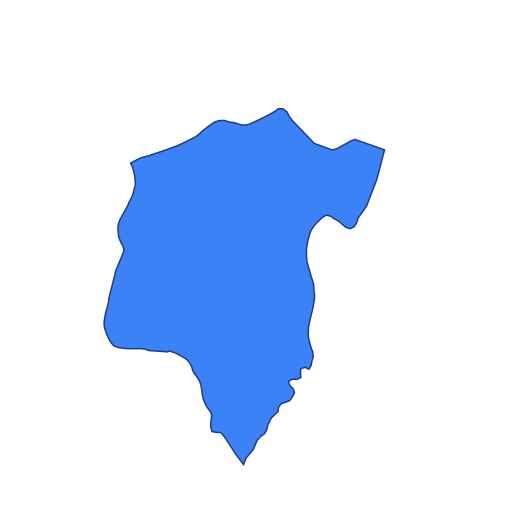 the district of At Talh, Shabwah, Yemen, rotated 140°
{"feature_id": "15242507B56657496284853", "entity_name": "At Talh", "entity_type": "district", "adm_level": 2, "iso_a3": "YEM", "parent_name": "Yemen", "parent_adm1": "Shabwah", "projection": "albers", "projection_center": [47.44, 15.093], "detail": "fine", "context": "isolated", "style": "filled", "palette": "blue", "viewbox_px": 512, "rotation_deg": 140, "n_neighbors": 0, "source": "geoboundaries", "source_scale": "gbopen_adm2", "svg_char_len": 3026}
<svg xmlns="http://www.w3.org/2000/svg" viewBox="0 0 512 512"><g transform="rotate(140 256 256)"><path d="M399.5,104.2L397.7,105.3L393.6,107.6L382.3,109.6L373.3,114.2L368.1,114.8L363.6,114.4L359.5,115.9L356.1,118.7L352.1,120.5L348.1,122.2L343.6,122.4L339.1,122.7L335.9,125.7L331.6,126.7L327.5,125.0L323.1,123.5L318.6,124.7L314.5,126.4L312.8,130.4L313.4,134.8L311.8,139.1L307.3,138.3L305.6,136.7L304.1,135.3L299.8,134.1L297.2,137.7L294.1,140.9L290.0,139.2L288.2,135.2L284.1,136.7L280.8,139.5L276.9,142.0L275.6,143.9L274.4,145.6L273.0,149.8L271.1,154.0L269.2,158.2L266.7,162.1L263.5,165.6L260.5,168.7L256.5,171.7L252.7,174.6L249.1,177.2L245.6,179.8L242.0,182.9L238.7,185.7L235.8,189.0L233.2,193.1L230.3,197.0L228.4,201.0L226.6,205.6L224.6,209.7L222.8,214.1L220.9,218.5L218.3,222.2L215.4,225.9L212.4,229.3L209.1,232.2L205.7,234.9L202.0,237.4L198.2,239.9L193.5,241.4L189.7,242.2L189.1,242.3L184.7,242.6L180.1,242.9L175.8,242.1L173.1,238.2L172.0,233.8L170.5,230.3L169.6,225.4L168.8,220.6L167.6,218.5L166.4,216.4L165.4,216.2L162.4,215.4L158.1,216.5L154.0,219.0L153.3,219.5L139.4,223.1L114.2,237.0L89.3,254.7L105.3,281.7L109.5,283.2L125.7,286.3L129.7,288.6L131.3,291.4L139.0,304.8L141.1,336.1L140.8,341.8L139.6,346.3L140.6,351.1L143.8,354.3L148.5,354.7L153.3,355.5L158.1,356.5L162.5,357.6L166.9,358.7L171.2,359.8L175.7,361.0L179.7,362.9L183.0,365.8L185.0,369.0L187.0,372.2L190.1,375.5L193.3,380.4L197.8,383.7L201.8,385.3L207.8,385.8L212.4,386.1L216.8,386.2L221.3,386.0L225.8,386.1L230.6,387.2L235.1,388.4L239.6,389.4L243.8,390.6L248.0,392.0L252.2,393.5L256.6,395.1L260.7,396.7L265.0,398.4L269.1,400.0L273.7,401.7L277.7,403.7L278.2,404.0L281.8,405.4L286.4,406.5L292.3,407.8L293.7,402.9L295.3,399.4L296.7,396.7L297.7,394.8L298.8,393.3L300.8,390.4L303.2,387.5L305.7,386.1L307.4,384.6L309.3,383.4L312.1,381.6L316.2,379.7L319.1,378.7L319.6,378.3L321.2,377.3L336.5,371.4L340.1,369.5L342.3,367.7L345.1,364.7L347.3,361.1L348.6,359.6L349.5,357.3L350.8,353.2L351.4,349.6L352.5,346.9L354.2,344.6L357.6,342.8L373.9,334.3L375.0,333.2L395.4,318.5L399.4,314.7L400.1,314.4L400.7,313.9L403.8,311.7L405.5,310.6L407.5,309.2L408.2,308.7L411.0,306.4L414.4,303.5L417.2,300.1L418.7,297.0L419.2,296.0L420.7,291.8L421.9,287.4L422.4,284.9L422.7,283.1L422.7,280.1L422.6,278.6L420.6,274.7L418.8,272.7L417.6,271.3L414.4,268.0L411.9,265.8L410.9,265.1L407.6,262.2L404.1,259.4L400.9,256.1L400.2,254.8L398.7,252.3L385.3,239.4L384.0,239.0L383.2,238.5L379.8,233.1L377.9,228.3L375.7,221.9L375.4,218.2L375.7,215.4L376.8,211.4L377.3,210.8L378.4,207.6L378.8,206.3L378.8,206.0L378.8,201.8L379.4,197.5L380.8,193.2L383.2,189.0L384.2,187.4L385.6,185.3L386.6,183.5L387.0,182.7L388.0,181.1L388.7,179.0L389.4,176.9L390.0,174.6L390.3,173.4L390.5,172.4L390.8,169.5L390.9,168.0L391.5,163.6L394.5,160.3L394.8,160.1L397.9,157.3L400.7,153.8L402.6,149.8L399.7,146.4L396.4,143.4L396.4,139.2L396.4,138.9L396.8,134.4L397.3,130.0L397.6,127.4L397.9,125.3L398.4,120.7L398.7,118.7L399.0,116.3L399.2,111.7L399.5,106.8L399.5,104.2Z" fill="#3b82f6" stroke="#1e3a8a" stroke-width="1.5"/></g></svg>